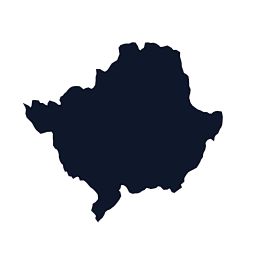 outline of Ibertioga, Minas Gerais, Brazil, rotated 164°
{"feature_id": "56859067B85312067308682", "entity_name": "Ibertioga", "entity_type": "district", "adm_level": 2, "iso_a3": "BRA", "parent_name": "Brazil", "parent_adm1": "Minas Gerais", "projection": "natural_earth1", "projection_center": [-43.949, -21.448], "detail": "fine", "context": "isolated", "style": "filled", "palette": "ink", "viewbox_px": 256, "rotation_deg": 164, "n_neighbors": 0, "source": "geoboundaries", "source_scale": "gbopen_adm2", "svg_char_len": 2840}
<svg xmlns="http://www.w3.org/2000/svg" viewBox="0 0 256 256"><g transform="rotate(164 128 128)"><path d="M182.5,46.8L180.6,48.1L177.8,49.3L175.2,51.7L173.5,54.0L170.8,55.3L167.7,55.5L165.7,56.4L163.5,57.2L161.0,58.7L158.6,60.5L156.3,62.3L154.0,64.8L153.8,68.6L155.2,70.5L152.3,72.7L150.8,76.0L147.6,75.0L145.4,72.4L144.6,69.8L143.9,66.2L141.5,64.2L138.7,63.9L136.7,63.3L134.1,63.5L132.0,64.3L129.2,64.7L126.8,66.2L124.9,65.3L122.7,63.8L120.3,63.5L117.5,63.4L115.2,64.7L112.4,63.1L110.4,59.4L107.1,58.7L104.4,59.6L103.4,57.2L102.9,54.7L101.1,53.6L98.8,54.6L96.1,55.6L93.3,56.5L93.6,59.5L91.2,60.5L89.3,61.4L88.4,64.6L85.4,67.5L82.5,69.6L79.5,70.3L76.8,70.8L73.2,71.6L70.5,74.0L68.3,76.2L67.0,78.0L64.7,79.8L63.8,82.1L62.5,84.1L60.5,86.1L58.8,89.2L58.3,92.6L56.0,94.9L53.2,95.7L50.9,95.5L49.1,93.0L47.9,95.8L45.9,97.6L43.4,98.5L41.9,100.3L40.5,102.1L38.7,103.5L37.2,105.6L35.9,108.8L34.5,112.9L34.1,117.5L36.9,118.8L38.9,119.3L41.4,119.1L43.4,118.0L46.1,118.6L48.1,120.9L51.3,121.8L53.8,124.2L56.1,125.8L58.1,128.2L60.4,131.3L61.7,134.9L61.6,137.8L61.6,140.4L60.5,142.7L59.2,144.8L57.9,148.1L58.4,151.4L57.6,154.4L56.8,157.7L56.4,160.9L57.6,163.0L59.8,165.2L59.9,168.9L60.1,172.4L59.2,176.0L59.1,179.6L59.1,182.4L57.8,186.3L60.5,189.2L63.3,189.7L64.9,192.9L67.7,195.7L71.8,195.7L75.0,196.2L76.3,198.6L78.0,200.7L80.5,202.3L83.0,202.7L85.2,204.0L87.7,204.5L89.0,201.9L90.3,199.9L92.8,199.5L94.5,198.0L96.5,200.2L96.7,203.8L97.8,207.5L100.5,208.5L103.7,208.0L106.1,208.8L108.2,209.2L112.1,209.0L114.3,207.3L114.6,204.6L115.1,201.0L117.0,198.6L119.3,195.5L123.0,194.6L125.5,193.8L128.5,191.2L130.8,189.1L132.8,188.1L135.1,187.7L137.1,189.5L139.0,191.7L141.9,192.5L142.6,188.5L144.3,185.8L145.3,182.3L147.1,177.9L149.8,175.6L152.6,174.8L155.1,177.2L158.3,177.2L160.3,176.4L161.6,178.3L163.4,180.8L166.1,181.8L168.4,182.3L170.6,182.4L172.7,181.8L175.0,180.5L176.8,179.1L179.5,177.9L181.5,176.3L183.7,176.0L185.5,173.5L184.8,170.4L186.2,167.8L189.3,169.1L190.5,171.1L192.1,172.7L194.0,173.9L195.8,175.2L197.8,173.5L198.8,170.6L201.3,172.3L203.3,174.8L206.1,175.6L206.8,178.5L209.7,179.7L211.9,180.3L212.9,178.0L213.9,175.5L216.1,173.2L217.9,176.3L220.9,179.0L220.2,176.0L220.3,173.5L221.9,169.9L221.8,166.2L220.3,163.4L218.2,159.7L217.2,155.0L216.2,151.8L215.0,150.0L213.2,147.2L209.9,147.2L206.7,147.3L204.4,146.7L201.9,146.3L201.0,143.1L202.3,139.0L203.0,135.3L204.1,132.0L203.1,128.7L201.5,127.3L201.0,124.9L201.0,121.8L201.8,118.7L201.8,115.6L201.3,112.9L199.9,110.6L200.4,107.5L200.0,104.0L197.9,103.7L197.9,101.1L197.6,98.6L195.1,97.5L194.3,95.1L192.1,95.8L189.8,96.0L188.1,94.6L188.0,91.4L184.5,90.5L182.5,87.7L181.2,84.8L179.9,81.9L177.9,79.5L176.0,75.9L174.7,72.7L175.1,70.0L175.7,67.4L179.2,65.1L182.3,64.2L183.3,61.8L185.3,58.7L183.3,55.3L182.1,52.2L183.6,50.1L182.5,46.8Z" fill="#0f172a" stroke="#020617" stroke-width="1.5"/></g></svg>